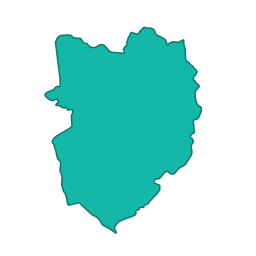 the border of Copperbelt, rotated 81°
{"feature_id": "ZMB-517", "entity_name": "Copperbelt", "entity_type": "Province", "adm_level": 1, "iso_a3": "ZMB", "parent_name": "Zambia", "parent_adm1": "", "projection": "mercator", "projection_center": [27.632, -13.082], "detail": "fine", "context": "isolated", "style": "filled", "palette": "teal", "viewbox_px": 256, "rotation_deg": 81, "n_neighbors": 0, "source": "natural_earth", "source_scale": "10m", "svg_char_len": 4647}
<svg xmlns="http://www.w3.org/2000/svg" viewBox="0 0 256 256"><g transform="rotate(81 128 128)"><path d="M97.8,50.9L98.3,51.3L102.1,55.6L104.6,56.4L108.6,56.7L112.7,56.5L115.6,55.8L117.3,54.4L118.3,53.2L119.4,52.5L121.7,52.7L123.5,53.4L128.6,56.5L129.9,58.1L130.2,60.4L130.8,62.4L132.8,63.0L134.4,62.7L135.8,62.6L142.4,63.2L143.2,63.8L143.5,64.5L143.7,65.4L144.1,66.2L146.3,68.0L147.6,67.4L148.9,66.1L151.1,65.5L152.9,66.3L154.2,67.6L155.8,68.7L158.1,68.7L159.9,68.4L161.7,68.6L163.4,69.1L164.9,69.9L172.3,76.4L173.6,78.4L175.3,82.9L176.4,85.0L179.4,88.2L180.4,89.9L180.3,92.3L179.3,93.8L177.8,94.8L176.9,96.2L177.5,98.5L179.4,100.9L181.4,102.9L182.8,105.1L183.1,109.8L184.0,110.7L185.4,110.7L186.8,110.1L187.6,109.0L188.9,106.4L190.1,105.6L194.3,106.5L197.9,110.2L203.9,118.2L205.5,119.6L206.1,120.6L206.9,123.9L207.3,124.3L208.5,124.7L208.9,125.1L208.8,125.6L208.4,126.6L208.4,127.0L208.4,127.4L208.3,128.4L208.4,128.9L208.8,129.3L209.3,129.4L209.8,129.5L210.0,129.7L210.9,132.9L211.7,133.4L213.5,133.5L214.3,133.9L215.3,135.2L218.1,148.8L219.5,152.6L222.3,155.3L223.4,156.7L224.9,157.0L226.5,156.7L228.2,156.1L229.8,156.1L229.6,156.7L229.4,157.0L229.1,157.4L225.6,160.9L219.9,168.1L219.5,168.4L219.2,168.7L215.6,170.0L212.5,171.8L211.8,172.4L209.9,174.4L208.3,176.7L207.7,177.4L194.9,187.3L194.6,187.6L194.3,187.9L194.2,188.4L194.9,198.6L194.4,199.1L193.5,199.5L186.3,199.7L182.8,200.3L182.3,200.5L181.2,201.2L180.3,201.6L179.9,201.7L179.3,201.8L173.5,202.3L171.8,202.1L167.6,200.9L166.7,200.8L163.8,200.9L162.2,201.2L160.4,201.7L159.7,201.8L158.6,201.6L153.0,200.1L152.3,200.0L151.5,200.0L150.4,200.2L149.8,200.5L149.4,200.9L149.1,201.2L148.7,201.5L148.0,202.0L147.5,202.2L147.1,202.3L143.9,202.7L139.0,202.8L137.9,203.0L137.1,203.2L136.7,203.4L136.1,203.5L133.6,203.6L132.9,203.8L132.3,204.0L131.2,204.7L130.7,204.9L130.3,205.1L129.5,204.9L128.5,204.4L126.7,202.9L125.6,201.3L124.7,199.6L118.7,184.6L117.4,183.3L115.6,182.8L108.1,182.2L107.0,181.9L106.1,181.5L104.6,180.4L104.1,180.2L103.5,180.1L102.0,179.9L100.7,181.3L100.7,182.5L101.1,183.7L100.8,184.9L100.4,185.1L99.7,185.1L98.9,185.1L98.3,185.6L98.0,186.4L98.2,186.9L98.4,187.4L98.3,188.1L97.6,189.4L94.7,193.2L94.6,193.8L94.7,194.5L94.6,195.1L94.1,195.6L93.5,195.5L92.9,195.0L92.5,194.4L91.9,192.9L90.8,192.6L89.7,192.9L88.9,193.4L88.4,194.6L88.6,195.9L89.2,197.9L88.3,200.2L86.3,202.5L83.9,204.3L82.3,204.9L81.4,204.2L81.1,204.0L80.6,203.4L80.3,202.9L79.7,201.0L79.6,199.4L79.4,198.9L79.1,198.1L78.9,196.5L78.8,196.1L78.6,195.6L78.3,195.3L77.1,194.1L76.8,193.7L76.6,193.3L75.9,191.0L75.9,190.5L76.0,190.0L76.1,189.5L76.2,188.9L76.1,188.4L68.4,187.4L31.9,186.2L28.8,184.2L27.4,183.0L27.1,182.5L26.7,181.7L26.3,180.6L26.2,179.5L26.6,173.5L26.9,172.1L27.5,170.5L28.0,169.6L28.3,169.3L30.0,167.9L30.3,167.5L30.6,167.1L30.8,166.4L31.8,162.0L32.1,161.2L32.4,160.7L32.8,160.5L33.6,160.0L35.4,159.4L36.2,159.0L36.6,158.6L37.1,158.1L38.1,155.7L38.4,155.3L38.7,155.0L40.8,154.0L41.2,153.5L41.8,152.7L42.7,151.1L43.1,150.1L43.3,149.4L43.3,148.8L43.2,147.2L42.9,146.3L41.9,144.2L41.7,143.6L41.6,142.8L41.6,141.3L41.7,140.4L41.9,139.7L42.2,139.3L42.4,138.9L42.7,138.5L43.4,138.0L48.4,134.8L49.1,134.3L49.9,133.3L50.5,132.3L50.8,131.6L51.0,131.0L53.5,120.4L53.4,120.3L53.1,120.1L52.6,120.0L52.1,119.9L51.5,119.9L49.5,120.2L49.0,120.1L48.5,119.7L48.2,118.9L47.9,118.5L47.5,118.3L47.1,118.1L46.8,117.8L46.5,117.0L46.2,116.6L45.9,116.3L45.5,116.0L45.2,115.9L44.9,115.9L43.3,115.8L42.8,115.6L42.4,115.4L41.6,114.8L41.2,114.6L38.8,113.6L38.4,113.3L38.1,113.0L37.5,112.4L37.2,112.1L36.3,111.6L35.4,111.1L35.0,110.8L34.6,110.5L34.3,109.9L34.3,109.4L34.4,108.9L35.1,107.7L36.0,105.8L36.3,105.2L36.7,104.4L36.7,103.8L36.6,103.3L36.3,102.9L34.6,101.1L34.2,100.9L33.8,100.5L33.4,100.1L33.2,99.2L32.9,98.7L32.6,98.3L32.2,98.0L31.8,97.7L31.4,97.2L31.2,96.4L31.2,95.8L31.8,94.8L32.1,94.1L32.9,90.0L33.2,89.4L33.5,88.9L34.3,87.7L34.9,87.1L35.7,86.7L36.1,86.5L36.6,86.4L38.2,86.3L38.7,86.2L39.5,85.8L40.3,85.3L40.9,84.7L41.8,83.6L42.7,81.9L45.9,78.0L46.6,77.4L47.5,77.1L51.0,76.4L51.5,76.2L51.9,75.9L51.9,75.6L51.7,75.3L51.1,74.5L50.2,72.4L50.1,71.8L50.0,71.1L49.9,69.8L50.1,69.1L50.3,68.4L50.6,67.8L50.9,67.0L51.0,64.2L50.9,63.6L49.8,60.4L49.7,59.9L49.7,59.3L50.0,59.1L50.4,59.2L52.5,59.6L54.9,59.8L55.7,59.7L57.5,59.3L58.5,59.2L69.8,60.3L70.4,60.1L70.9,59.7L72.0,58.4L72.5,58.0L73.7,57.3L74.1,57.0L75.4,56.4L76.7,54.8L77.1,54.4L77.5,54.2L78.4,54.0L78.9,53.8L79.6,53.3L80.9,52.0L81.6,51.5L82.0,51.4L83.3,51.0L84.1,51.7L85.5,52.5L86.7,53.4L86.8,53.9L86.6,54.6L86.9,55.1L89.4,55.5L90.4,56.0L90.7,56.2L92.0,54.5L93.3,54.0L93.7,53.8L97.5,51.2L97.8,50.9Z" fill="#14b8a6" stroke="#0f766e" stroke-width="1.5"/></g></svg>